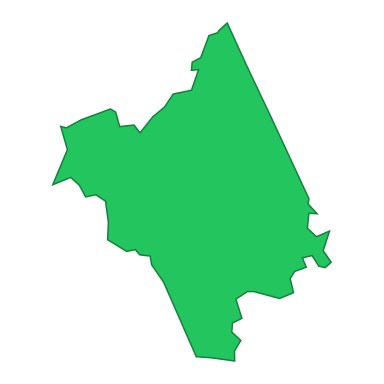 outline of Nelson, Virginia, United States of America
{"feature_id": "52423323B66459643896868", "entity_name": "Nelson", "entity_type": "district", "adm_level": 2, "iso_a3": "USA", "parent_name": "United States of America", "parent_adm1": "Virginia", "projection": "albers", "projection_center": [-78.88, 37.792], "detail": "fine", "context": "isolated", "style": "filled", "palette": "green", "viewbox_px": 384, "rotation_deg": 0, "n_neighbors": 0, "source": "geoboundaries", "source_scale": "gbopen_adm2", "svg_char_len": 916}
<svg xmlns="http://www.w3.org/2000/svg" viewBox="0 0 384 384"><path d="M329.5,231.1L316.4,236.7L307.4,228.2L308.9,213.3L317.1,213.7L308.2,204.2L308.9,198.7L271.9,118.9L246.8,65.9L227.2,23.0L219.1,30.3L217.5,32.8L209.0,35.5L200.7,57.7L192.2,62.2L191.4,70.3L198.6,69.6L191.5,90.2L173.3,94.0L164.4,107.2L152.9,116.7L140.0,132.8L134.0,125.0L119.7,126.6L115.7,112.1L110.5,109.0L81.2,119.8L66.3,127.9L60.7,126.4L67.4,149.6L52.8,184.7L70.7,177.4L79.3,185.2L85.6,196.9L95.9,194.8L105.5,201.2L108.4,222.4L107.6,239.7L126.6,251.4L135.3,249.6L139.7,254.8L150.2,256.1L151.6,264.7L163.6,282.2L196.3,356.7L211.4,357.8L234.7,361.0L234.5,350.9L240.8,340.5L231.8,332.1L232.5,323.0L241.9,318.3L235.9,299.1L247.4,291.6L254.0,291.6L279.5,298.5L293.5,292.7L290.2,278.6L294.7,271.4L306.3,267.2L302.4,257.8L312.1,255.6L318.8,266.2L325.3,267.6L331.2,262.2L323.2,250.7L329.5,231.1Z" fill="#22c55e" stroke="#15803d" stroke-width="1.5"/></svg>